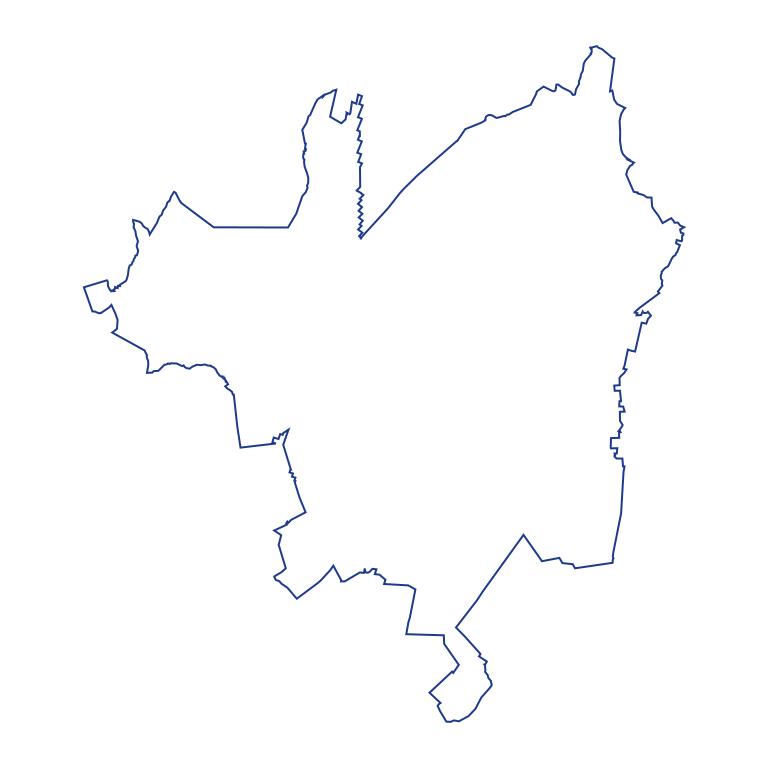 Cuyoaco, Puebla, Mexico
{"feature_id": "50627088B87175964143986", "entity_name": "Cuyoaco", "entity_type": "district", "adm_level": 2, "iso_a3": "MEX", "parent_name": "Mexico", "parent_adm1": "Puebla", "projection": "orthographic", "projection_center": [-97.601, 19.584], "detail": "fine", "context": "isolated", "style": "outline", "palette": "blue", "viewbox_px": 768, "rotation_deg": 0, "n_neighbors": 0, "source": "geoboundaries", "source_scale": "gbopen_adm2", "svg_char_len": 6064}
<svg xmlns="http://www.w3.org/2000/svg" viewBox="0 0 768 768"><path d="M684.1,227.2L680.3,225.7L677.8,222.6L674.5,222.7L673.2,220.4L671.2,218.2L662.6,223.1L658.6,216.0L653.8,209.6L652.1,206.6L651.5,197.6L646.9,197.4L643.6,195.1L637.5,193.3L637.7,192.5L633.7,191.8L626.2,174.5L627.5,169.9L630.0,166.0L632.4,164.6L633.3,163.0L633.9,162.6L628.1,159.9L629.2,159.6L625.9,157.4L622.9,154.1L621.4,150.3L620.0,140.9L620.2,132.2L619.6,120.9L621.1,114.2L623.8,109.4L625.2,108.0L617.0,103.9L614.1,99.5L612.3,90.5L610.0,91.4L614.4,58.5L612.0,57.5L602.1,49.2L598.3,47.6L596.8,46.1L592.3,47.4L590.3,47.6L591.0,49.2L591.7,49.4L591.7,52.0L590.7,53.6L591.1,54.0L585.2,60.8L583.8,63.6L582.8,70.8L581.0,74.3L580.6,77.1L578.9,81.6L579.0,84.0L576.0,89.4L575.0,94.5L573.0,95.0L571.8,93.7L571.6,92.9L569.6,91.2L562.4,87.7L557.9,84.4L556.4,84.6L555.6,89.9L554.6,91.1L552.8,91.1L551.3,90.5L543.6,86.6L537.0,91.3L535.8,94.7L530.6,104.9L512.7,112.0L508.9,114.5L507.3,114.6L505.3,116.2L504.2,115.9L497.0,117.9L496.2,117.8L492.3,115.5L490.6,115.0L488.4,115.1L486.1,116.5L485.5,118.1L485.6,119.8L484.9,120.0L484.7,120.8L480.8,122.9L465.3,129.1L457.2,141.1L456.8,141.0L417.1,175.7L404.0,188.6L400.1,192.9L387.9,208.4L361.7,237.0L360.7,239.3L360.7,237.4L359.1,236.2L362.4,232.7L358.1,229.5L361.6,225.9L359.6,224.4L362.8,220.7L358.7,217.4L362.4,213.9L358.6,210.8L362.0,207.1L358.0,203.8L361.5,200.2L359.7,198.8L363.4,195.0L361.2,193.5L361.2,193.1L356.7,190.6L360.2,186.9L360.0,167.2L362.0,163.4L358.2,161.9L361.2,154.2L357.3,152.7L361.8,141.4L357.9,139.8L359.5,135.7L359.9,135.8L359.8,131.3L357.3,130.3L361.9,118.8L358.0,117.2L362.7,105.4L359.2,104.0L362.0,96.2L358.1,94.6L356.3,103.8L352.0,101.8L350.3,113.4L349.6,114.2L346.6,112.6L346.9,114.0L347.3,114.1L346.7,115.1L346.3,114.8L345.6,119.4L341.3,123.3L330.1,116.7L336.3,89.7L332.8,90.8L330.7,92.5L325.0,94.6L323.1,96.6L323.3,95.4L317.4,99.6L315.4,103.2L310.1,115.1L308.5,116.3L306.7,122.7L302.3,129.8L305.0,143.6L305.8,143.7L304.9,148.9L306.0,149.2L305.5,150.9L303.7,151.3L304.2,153.6L303.5,153.6L303.1,157.2L303.4,158.5L304.5,159.8L304.0,161.5L304.7,166.8L306.9,172.8L308.3,177.8L308.2,183.0L307.0,185.8L307.6,187.7L305.8,192.1L302.3,196.2L296.2,213.8L288.0,227.5L213.7,227.3L181.3,203.0L179.2,199.9L175.6,192.7L174.0,191.9L171.0,196.7L169.4,201.2L168.6,201.3L167.3,202.7L166.1,206.7L163.1,210.5L161.7,214.7L159.4,216.7L156.9,223.0L149.7,234.5L149.0,231.7L147.6,229.0L144.7,227.3L142.8,225.5L142.4,224.3L140.6,222.4L139.2,221.6L133.1,219.9L133.1,222.0L134.0,223.8L133.6,227.5L135.3,230.8L136.1,235.7L138.0,241.4L136.7,245.4L136.9,247.3L138.0,250.0L138.0,251.8L136.9,255.2L135.4,255.6L135.1,257.4L134.0,258.9L133.5,260.9L132.5,262.0L131.7,264.5L129.7,265.5L128.7,268.7L127.9,275.1L126.6,279.6L125.6,281.2L119.7,284.9L120.0,286.1L117.9,285.9L117.7,288.0L115.1,287.0L115.0,287.7L115.6,288.4L113.5,289.7L114.4,291.0L111.2,291.3L110.9,290.3L110.0,290.1L108.0,286.1L107.8,281.5L106.9,280.3L83.9,287.3L92.4,311.4L94.6,311.5L98.7,313.2L100.8,313.1L109.0,307.6L111.4,304.9L115.7,314.3L117.6,320.0L117.0,328.8L112.2,332.6L144.5,350.4L147.0,355.3L146.6,356.0L147.1,358.5L148.1,360.7L148.3,364.8L147.0,372.9L152.3,372.6L153.7,371.1L158.4,370.8L164.4,364.8L166.9,364.3L168.0,363.4L169.7,364.0L170.6,363.3L176.7,363.5L181.2,365.7L182.6,366.1L183.6,365.4L184.8,367.1L186.5,368.1L189.6,368.7L192.3,366.7L196.5,364.9L198.1,364.8L200.4,365.2L204.9,364.5L208.0,365.6L210.9,365.7L211.2,366.3L213.4,367.2L215.7,369.2L217.3,372.5L219.6,375.5L220.5,376.2L222.3,376.5L221.8,376.8L223.7,378.7L224.6,378.1L225.6,381.3L226.0,380.9L228.1,384.3L225.2,386.4L227.8,389.0L229.5,389.8L232.1,392.0L232.8,394.5L233.8,394.6L237.3,426.6L240.5,447.6L275.9,443.5L272.4,442.4L273.7,437.6L278.5,439.0L280.2,434.1L282.7,434.8L283.1,433.2L288.5,429.6L283.2,444.8L290.8,469.4L290.5,469.3L289.5,472.4L293.0,473.5L291.9,476.6L295.4,477.7L294.3,480.8L295.4,481.1L294.9,482.7L299.6,497.7L305.6,512.3L291.2,519.8L288.2,522.9L287.3,521.6L286.2,523.3L286.8,524.6L274.2,530.5L281.2,535.2L278.7,544.8L285.8,568.4L281.4,572.2L274.4,576.4L274.2,576.7L275.5,579.4L276.1,580.1L279.3,581.2L281.6,583.8L287.4,587.7L296.8,598.7L317.7,583.1L321.1,580.1L330.3,570.1L333.3,565.7L341.1,580.0L341.0,581.4L344.7,581.4L359.8,572.5L363.9,572.9L364.8,568.4L364.9,570.0L365.7,572.2L366.4,572.7L368.4,572.5L369.6,571.8L372.4,568.9L373.2,568.9L376.4,569.3L374.8,574.1L379.5,574.7L385.4,579.7L384.1,584.0L408.3,585.4L415.4,589.4L409.8,617.8L408.3,622.7L406.3,634.2L443.8,635.3L444.2,643.9L458.8,664.9L453.2,672.9L452.1,671.6L429.5,692.7L440.5,703.0L439.2,703.8L437.6,705.8L439.9,710.8L446.3,721.6L450.5,721.9L453.9,720.4L458.9,721.3L468.5,716.1L475.3,709.0L481.4,697.4L490.4,687.2L491.7,685.2L491.6,683.7L491.0,682.4L490.9,680.9L488.4,678.0L487.7,675.1L485.1,671.9L485.4,669.7L485.0,665.2L484.4,664.5L485.3,664.3L486.8,661.5L479.0,656.4L480.5,654.0L464.6,636.3L456.0,627.5L476.9,600.4L482.9,591.3L523.5,534.9L542.0,561.2L559.4,557.9L562.4,563.1L572.8,564.2L575.0,568.3L612.6,562.8L612.8,559.4L613.0,558.5L613.4,558.4L612.8,556.4L613.5,551.5L621.1,513.4L623.5,472.2L624.5,466.4L623.0,466.3L622.4,458.5L616.6,458.5L614.5,456.6L614.6,455.2L615.1,455.2L615.2,454.7L614.7,453.5L616.8,453.4L617.3,448.2L611.0,448.4L610.7,447.8L611.0,438.1L619.2,437.8L619.0,432.5L620.5,432.2L619.8,430.8L618.8,430.9L622.3,426.0L622.6,424.9L620.0,420.9L619.9,411.8L624.6,411.6L623.2,406.6L619.2,406.4L619.5,401.2L621.0,401.2L620.0,390.7L614.7,390.8L614.2,385.6L619.7,385.2L619.5,377.9L621.2,375.7L624.2,373.0L626.5,369.4L623.3,368.7L624.5,365.9L627.9,349.6L631.7,350.9L635.1,351.5L641.7,322.7L646.3,323.6L648.0,318.9L650.9,315.7L647.9,311.8L646.8,312.8L644.2,313.0L643.0,312.5L642.7,311.6L641.0,315.1L636.6,315.3L637.4,313.2L634.6,312.6L634.8,312.1L639.6,307.8L659.4,293.1L657.9,291.5L662.4,285.6L661.8,283.8L662.3,280.4L661.1,279.0L660.7,275.9L661.7,273.3L661.6,271.9L664.6,268.5L668.1,266.3L671.7,258.8L673.1,256.6L675.4,255.1L676.1,253.3L677.4,251.6L679.9,245.2L676.0,243.2L676.7,240.0L681.2,241.3L682.1,240.6L682.1,235.8L683.3,235.0L683.4,233.5L680.9,232.7L680.1,229.5L684.1,227.2Z" fill="none" stroke="#1e3a8a" stroke-width="2"/></svg>